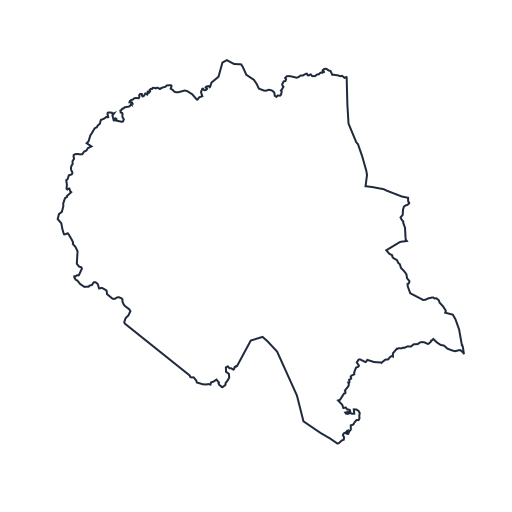 the district of Skaistas pag., Kraslavas, Latvia, rotated 261°
{"feature_id": "27541924B50385925573472", "entity_name": "Skaistas pag.", "entity_type": "district", "adm_level": 2, "iso_a3": "LVA", "parent_name": "Latvia", "parent_adm1": "Kraslavas", "projection": "mercator", "projection_center": [27.39, 55.983], "detail": "fine", "context": "isolated", "style": "outline", "palette": "slate", "viewbox_px": 512, "rotation_deg": 261, "n_neighbors": 0, "source": "geoboundaries", "source_scale": "gbopen_adm2", "svg_char_len": 6052}
<svg xmlns="http://www.w3.org/2000/svg" viewBox="0 0 512 512"><g transform="rotate(261 256 256)"><path d="M418.4,373.5L418.7,373.1L418.1,371.3L420.4,369.3L420.4,367.3L421.8,364.7L422.4,362.3L422.8,361.6L423.0,359.7L427.1,358.5L428.0,356.5L429.1,355.7L430.1,354.1L429.9,352.2L429.0,350.9L428.2,350.8L427.8,351.8L427.1,351.9L426.6,350.2L427.0,349.4L426.7,347.9L425.7,346.6L425.7,344.7L424.4,342.3L424.9,339.6L426.8,338.5L426.6,337.2L426.1,336.4L426.4,335.3L428.1,334.8L428.2,333.9L426.9,330.3L427.2,329.5L427.1,327.9L426.1,326.0L425.7,324.1L427.7,319.4L428.5,316.8L428.7,314.5L427.2,312.6L425.9,313.4L424.2,312.4L424.1,310.6L421.5,308.7L420.2,308.8L418.9,309.6L416.4,307.6L415.6,306.5L414.4,307.1L411.5,306.0L410.6,304.8L411.1,302.4L410.0,301.1L411.3,299.6L414.8,299.6L417.1,297.5L418.2,294.7L417.7,291.9L418.1,289.8L420.9,285.0L425.8,283.6L430.3,281.5L436.5,274.8L445.2,272.4L447.6,271.3L449.1,264.3L454.0,257.8L452.3,253.1L438.9,247.0L434.3,239.2L430.2,237.1L430.0,236.6L431.1,236.5L431.3,235.1L431.0,233.2L430.2,232.6L429.3,233.7L428.7,233.8L427.9,232.8L427.7,231.3L428.2,230.5L429.6,229.7L429.6,229.2L426.5,227.3L422.2,228.0L421.6,224.7L419.6,222.7L419.7,222.1L425.7,218.3L429.5,214.0L430.6,211.5L429.9,205.1L430.2,202.8L431.1,201.0L433.1,199.7L434.6,197.9L437.0,199.2L437.8,198.9L438.1,198.1L438.4,194.6L437.4,193.2L436.9,189.5L436.1,187.7L436.4,187.5L436.1,187.0L437.6,185.1L437.6,183.9L437.2,183.3L438.0,181.7L438.2,180.2L437.3,179.6L437.4,178.1L436.5,176.8L435.4,177.3L434.0,175.9L434.0,175.4L435.0,175.3L435.2,174.8L433.4,174.5L432.5,173.8L433.6,173.0L433.9,172.2L431.8,170.4L431.3,169.1L432.2,168.4L433.8,168.6L434.2,167.0L433.0,165.7L431.3,165.7L430.4,165.1L430.2,164.4L430.9,162.1L430.7,160.2L429.8,158.9L429.5,156.9L428.8,155.7L427.6,155.1L427.1,157.5L425.8,157.9L425.8,157.2L424.7,157.0L425.4,156.4L424.1,155.2L423.5,154.2L423.4,149.4L422.4,148.3L422.5,147.1L421.2,145.8L420.9,144.8L418.9,144.8L418.3,146.1L417.8,146.4L414.3,145.8L411.7,146.8L409.8,145.8L409.6,145.4L409.6,144.3L411.5,139.4L412.2,139.1L413.2,139.6L414.0,138.7L413.9,138.2L412.0,137.5L412.2,136.7L417.2,136.2L419.2,138.2L418.8,136.5L420.1,136.1L420.8,133.1L420.7,132.0L419.4,131.5L416.3,131.8L416.2,131.2L416.8,129.9L415.6,127.9L414.6,124.0L411.1,122.5L409.8,120.3L408.1,118.9L407.3,116.6L402.3,112.5L401.3,111.4L395.4,108.5L393.9,106.4L390.0,110.6L388.8,106.8L386.7,105.0L386.1,102.7L383.7,100.3L383.9,98.1L384.6,96.0L384.9,93.6L384.3,91.8L382.8,91.3L380.7,91.6L378.3,89.6L375.6,89.3L373.9,87.8L372.0,87.0L369.8,86.9L367.3,87.7L366.1,87.4L365.4,86.6L365.0,83.8L361.3,81.9L360.5,80.4L356.0,80.4L352.1,79.4L351.2,80.1L351.9,81.4L351.8,82.2L349.0,82.7L348.0,83.5L344.8,78.7L344.0,78.6L343.0,76.4L338.0,73.8L335.4,73.5L330.0,71.2L328.3,68.0L323.5,65.9L318.8,68.8L312.4,69.0L307.6,69.7L307.2,70.5L307.9,73.6L306.1,74.6L300.0,76.9L298.0,77.4L296.5,77.0L293.2,79.1L288.6,80.5L276.4,77.8L273.2,79.6L272.3,81.6L270.8,82.1L264.8,78.1L264.6,77.6L264.9,77.1L264.9,75.9L264.2,74.8L264.4,73.4L263.3,73.2L260.9,74.1L259.7,75.7L255.9,77.9L252.4,81.6L251.9,86.0L252.8,86.9L253.0,89.4L255.4,91.6L255.2,93.4L253.1,95.3L248.6,95.9L248.4,96.7L248.7,98.1L248.5,99.0L246.0,102.2L245.1,103.0L241.6,102.9L236.5,107.4L235.9,108.6L235.8,109.8L236.7,112.1L236.8,114.0L235.1,116.7L234.0,117.3L231.8,117.0L228.6,117.8L226.9,118.9L223.2,122.5L221.1,123.3L217.1,120.5L215.4,117.9L214.0,116.9L211.2,115.5L209.7,115.9L148.4,171.8L146.7,172.2L146.2,173.3L145.9,175.4L142.4,177.5L140.3,177.8L137.5,183.7L136.9,186.8L136.9,189.1L136.1,190.9L138.2,191.9L138.6,194.5L140.1,197.6L136.8,199.6L136.2,199.1L134.1,199.7L133.2,200.9L131.9,201.6L131.7,202.4L133.4,205.6L135.4,206.2L137.3,208.3L140.0,210.5L143.8,210.8L146.3,208.3L150.7,208.8L151.4,210.9L149.3,212.2L149.0,213.9L147.3,215.9L147.9,216.8L149.7,217.5L150.1,218.5L149.7,218.5L150.2,220.0L173.3,237.6L175.1,249.8L170.0,254.0L158.3,261.9L111.8,274.6L85.3,277.0L71.0,292.2L63.9,300.9L58.0,307.1L58.3,308.7L60.4,311.9L60.8,313.9L63.0,314.6L65.6,313.8L66.8,314.7L67.4,315.6L67.6,317.2L68.9,318.4L69.1,319.1L67.9,318.6L67.4,317.4L66.7,317.3L66.0,318.5L65.8,319.0L66.0,319.4L67.9,320.4L69.7,322.5L73.9,323.1L74.3,325.7L76.5,327.5L78.2,329.6L77.9,331.6L79.4,332.8L82.0,333.0L84.6,333.9L87.0,333.0L88.7,331.1L89.2,328.6L84.9,328.4L85.2,326.1L86.2,324.4L85.7,321.8L86.2,320.3L87.4,319.7L87.6,324.7L89.2,324.6L90.0,323.1L90.0,322.2L92.3,320.9L92.2,318.5L95.5,317.9L100.5,314.5L100.9,316.6L106.3,321.3L106.5,322.7L107.9,323.1L109.1,322.7L113.1,327.0L115.1,327.7L116.4,327.4L116.2,328.0L116.8,328.6L119.2,328.6L119.6,330.1L120.2,330.9L121.9,330.6L122.8,331.3L123.8,334.6L125.5,334.7L130.1,337.3L130.6,339.6L131.5,340.5L135.2,338.9L137.5,341.0L137.7,342.1L137.4,342.9L134.1,347.5L134.4,348.3L136.0,349.7L132.8,356.0L131.2,363.0L130.9,363.2L133.4,367.5L133.2,370.4L135.0,372.3L135.9,374.1L135.9,374.6L135.3,375.5L138.5,376.0L142.2,380.4L142.0,380.5L142.6,382.7L142.0,384.9L142.5,386.9L142.0,387.7L143.0,391.4L142.4,395.0L144.1,397.8L143.7,402.1L144.7,403.7L145.1,405.7L144.5,408.6L142.3,411.9L142.3,412.7L143.9,415.2L145.0,415.7L144.9,416.2L146.3,418.1L142.5,421.0L139.4,424.3L138.0,427.8L134.5,430.6L131.9,435.2L130.8,437.8L131.2,441.5L131.0,443.2L128.2,445.5L126.5,446.0L133.3,446.1L135.6,445.8L135.7,445.4L151.7,445.1L162.3,443.1L167.3,441.2L170.4,434.0L172.0,434.9L172.8,434.7L177.1,432.8L181.3,430.0L183.5,429.7L186.0,427.6L186.1,425.8L187.3,424.5L187.5,423.1L187.2,421.3L187.4,420.4L186.3,416.4L186.4,414.3L195.1,402.5L202.4,401.1L204.8,401.4L204.8,402.0L205.4,403.0L207.2,403.6L210.4,401.7L214.4,401.7L217.6,400.1L221.6,397.3L225.3,396.8L226.8,395.5L230.0,394.5L232.3,391.5L233.7,390.6L235.5,390.6L237.3,388.0L241.3,385.6L247.2,400.1L247.4,402.0L247.2,407.3L248.8,406.5L250.0,406.5L260.7,407.6L265.5,406.6L267.0,406.9L268.9,405.6L271.5,404.8L273.6,407.3L278.9,408.5L281.6,409.8L282.5,411.5L282.8,413.5L284.0,415.5L284.9,415.6L286.0,414.8L289.7,415.3L292.0,409.2L300.1,395.3L302.0,392.6L305.9,381.7L307.8,375.1L318.6,378.3L322.6,378.3L337.7,376.5L350.5,374.2L352.7,372.8L372.3,368.1L391.0,369.9L418.4,373.5Z" fill="none" stroke="#1e293b" stroke-width="2"/></g></svg>